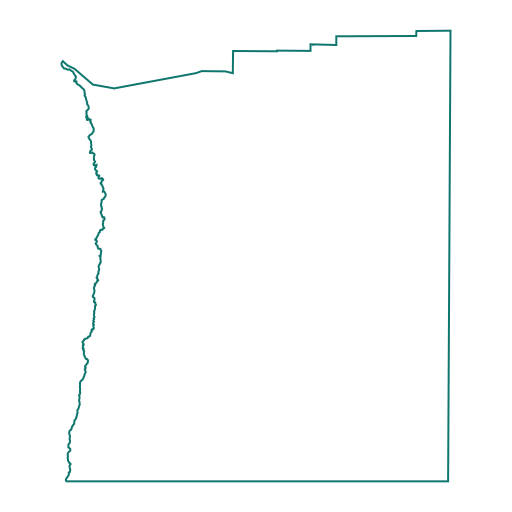 Gobernador Dupuy, San Luis, Argentina (Equal Earth projection)
{"feature_id": "61730980B64718886155143", "entity_name": "Gobernador Dupuy", "entity_type": "district", "adm_level": 2, "iso_a3": "ARG", "parent_name": "Argentina", "parent_adm1": "San Luis", "projection": "equal_earth", "projection_center": [-66.474, -35.326], "detail": "fine", "context": "isolated", "style": "outline", "palette": "teal", "viewbox_px": 512, "rotation_deg": 0, "n_neighbors": 0, "source": "geoboundaries", "source_scale": "gbopen_adm2", "svg_char_len": 5662}
<svg xmlns="http://www.w3.org/2000/svg" viewBox="0 0 512 512"><path d="M448.1,481.3L450.5,30.7L416.4,31.0L416.2,36.0L336.3,36.3L336.3,45.0L313.7,44.4L313.6,44.7L313.2,44.9L312.8,44.4L310.5,44.3L310.5,50.9L277.1,50.6L277.1,51.3L233.1,51.0L232.8,73.2L225.5,71.4L201.7,71.1L196.2,73.1L114.2,88.4L92.9,84.6L74.5,68.8L67.6,65.5L62.8,61.2L61.6,62.9L61.5,63.8L61.9,66.0L63.0,67.0L63.8,68.2L64.1,68.5L65.9,68.6L67.5,69.7L68.1,69.7L69.4,69.4L69.9,69.6L70.6,70.4L72.8,71.6L73.3,72.3L73.9,73.8L76.0,76.9L75.4,78.9L74.4,80.1L74.1,80.7L74.2,81.3L75.2,81.1L76.5,81.4L76.6,81.8L76.2,82.4L76.3,83.0L76.8,83.6L78.5,84.9L79.6,85.4L80.1,86.0L80.7,86.4L81.6,87.6L83.3,88.9L83.9,89.7L84.2,90.2L84.5,91.4L84.5,92.4L84.9,94.0L85.0,94.5L84.6,95.2L84.6,95.7L85.1,96.5L85.6,97.1L85.9,97.8L86.1,99.3L86.8,101.6L87.1,102.1L87.2,102.8L87.1,103.6L87.2,104.3L88.3,105.7L88.6,107.0L88.8,108.3L87.6,110.1L86.5,110.8L86.3,111.3L86.6,112.7L86.4,114.3L86.7,115.1L87.4,116.2L87.4,116.7L87.0,117.1L86.5,116.6L86.2,116.7L86.2,117.0L86.3,117.6L87.0,118.3L87.2,118.8L86.9,119.7L87.4,120.0L87.8,120.0L88.1,119.7L87.9,118.8L88.0,118.5L88.8,118.7L88.8,119.3L89.1,119.5L90.6,119.7L90.7,120.1L90.2,121.1L90.4,121.7L90.7,121.9L90.9,122.5L90.7,122.9L91.0,123.4L91.4,123.7L91.7,124.2L92.9,127.4L93.7,128.3L93.6,129.4L93.7,131.0L93.5,131.5L91.7,134.0L90.1,134.9L88.5,136.7L88.7,137.8L91.1,141.5L91.0,143.0L91.4,145.4L90.9,147.0L91.9,149.0L91.9,149.5L90.3,151.1L89.9,152.3L89.9,152.7L90.1,153.0L91.2,152.9L92.5,152.5L93.2,153.5L94.2,153.8L94.6,154.7L93.8,157.1L94.0,158.7L94.0,159.6L94.2,160.4L95.1,161.7L93.5,164.0L93.8,164.7L93.9,165.2L94.7,165.4L95.6,165.2L96.0,164.9L96.5,164.8L96.1,166.9L95.4,167.2L94.9,168.9L95.4,169.8L97.1,171.3L96.5,172.1L96.2,173.5L96.4,174.0L96.7,174.0L96.7,174.7L97.0,175.3L98.8,175.4L99.2,175.5L99.2,176.3L98.7,176.9L98.4,177.9L99.0,178.6L99.9,178.8L100.8,178.6L101.6,178.1L102.0,178.3L102.2,178.8L103.0,179.2L103.2,179.8L102.9,180.2L102.3,180.3L101.7,181.0L101.4,182.7L100.6,183.1L100.7,183.8L101.3,184.1L102.3,185.7L102.8,186.6L102.8,187.6L103.5,188.4L103.5,188.7L103.3,189.0L103.3,189.8L103.2,190.5L102.8,191.3L102.8,191.6L103.4,191.4L104.3,191.6L105.5,193.8L105.7,194.5L105.4,196.3L105.1,196.9L104.2,197.6L104.0,198.5L103.6,198.9L101.7,200.0L101.6,200.9L101.6,202.2L101.1,203.7L101.0,205.5L101.7,207.0L101.5,207.6L102.1,208.9L101.4,211.0L100.7,211.8L100.6,212.2L100.8,212.4L101.0,212.8L100.9,213.2L101.8,215.2L102.0,216.2L102.6,217.4L103.4,217.1L104.2,217.3L104.6,219.0L104.5,219.5L103.3,220.6L103.1,221.8L103.2,222.2L103.2,222.8L102.9,223.4L102.8,224.2L103.0,225.6L103.3,226.0L103.6,227.5L104.1,227.8L104.2,228.1L102.8,228.8L102.3,229.9L100.6,229.9L100.1,230.3L99.9,231.0L99.9,231.7L99.6,232.4L98.8,232.7L98.5,234.0L97.2,236.7L96.8,237.1L96.6,237.7L96.3,238.4L95.2,239.4L95.3,239.9L96.4,240.3L96.9,241.6L95.7,243.5L96.0,244.3L97.4,245.7L97.8,246.9L97.7,247.5L97.9,248.0L98.2,248.5L98.8,248.8L99.5,248.7L100.4,248.9L101.0,250.6L101.3,251.2L101.0,252.1L100.8,254.7L100.6,255.1L99.5,255.9L99.6,256.1L100.0,256.3L100.5,256.2L100.5,257.1L100.2,258.4L100.6,259.4L100.7,262.3L100.4,263.0L99.9,263.2L99.9,263.9L98.7,265.8L98.6,266.5L98.7,267.4L99.2,268.8L98.8,271.0L98.5,271.5L98.3,272.3L98.6,273.2L98.3,273.9L97.8,274.3L97.4,275.4L97.2,276.6L96.6,277.6L97.3,278.2L97.1,278.7L98.2,280.1L98.2,280.5L97.6,281.1L97.2,281.0L96.4,282.6L95.8,283.4L95.0,283.7L94.7,284.2L95.2,284.7L95.2,285.1L95.0,285.6L94.2,286.6L94.2,287.6L93.9,288.1L93.9,288.7L94.2,289.2L94.5,290.9L94.0,293.5L92.9,295.6L92.8,296.9L93.8,297.5L94.3,298.0L94.6,298.4L94.5,299.5L93.9,301.6L94.0,302.0L95.2,302.4L95.3,302.7L95.2,303.6L95.9,304.7L95.8,305.3L95.2,305.7L94.9,306.4L95.1,308.1L95.0,308.9L94.7,309.5L94.6,310.4L94.0,311.5L94.3,313.2L93.9,314.4L94.1,316.0L94.5,317.2L93.6,318.4L94.1,319.3L93.3,320.7L93.3,321.3L94.0,322.0L93.1,323.4L93.2,324.5L93.6,324.6L93.9,324.9L93.4,325.8L93.4,326.7L93.7,327.3L93.8,328.3L93.1,329.4L92.7,329.6L92.3,329.2L92.0,329.3L91.8,329.8L91.6,329.9L91.4,330.4L91.7,331.1L91.7,331.6L90.6,333.0L90.4,333.6L90.2,335.8L89.2,336.5L88.3,336.6L88.1,336.9L87.8,337.9L87.3,338.2L86.1,338.4L85.5,338.9L84.4,339.2L83.9,339.9L83.9,340.4L83.6,340.9L82.6,341.6L82.5,342.1L83.1,343.5L83.7,344.2L83.7,344.5L83.3,344.5L82.9,345.0L83.0,346.9L82.7,348.2L83.5,348.5L83.7,348.8L83.7,349.2L83.2,349.8L83.4,350.5L84.2,351.2L83.9,352.5L83.8,354.0L84.5,355.7L84.5,356.3L85.4,357.8L85.6,358.4L86.3,359.1L86.9,359.0L87.3,359.2L88.1,360.6L87.8,361.8L87.8,362.7L86.6,364.0L86.3,364.9L85.4,365.6L85.0,366.5L85.0,366.9L85.6,367.5L85.7,368.0L85.4,368.6L84.8,369.2L84.8,369.8L85.4,370.8L85.6,372.4L84.5,374.6L84.5,375.5L83.7,376.9L83.2,378.5L82.7,379.5L80.9,380.9L80.0,382.7L80.0,386.5L79.8,387.3L79.9,387.8L80.2,388.3L79.9,391.2L80.2,392.2L80.1,393.2L79.9,394.0L79.1,395.2L79.6,397.2L79.1,400.5L79.5,402.0L79.7,404.8L79.1,406.1L78.4,408.8L77.5,409.8L77.4,410.3L77.4,411.4L77.6,412.6L77.5,413.1L76.9,414.3L76.8,416.1L76.2,417.4L76.2,418.2L74.6,420.4L74.3,421.3L74.2,423.3L74.0,424.1L73.3,424.8L72.1,426.6L71.4,429.0L71.0,429.7L70.6,430.2L70.2,430.3L69.5,430.9L69.2,433.1L69.3,434.3L69.7,434.9L69.9,435.7L70.0,436.8L69.6,438.5L69.6,439.2L69.9,440.6L70.0,441.9L69.9,442.6L68.7,444.0L68.3,445.0L68.5,446.0L68.3,447.2L68.4,447.5L69.2,447.9L70.3,449.0L70.3,450.4L69.9,451.1L68.9,451.8L68.2,452.7L67.7,453.9L67.7,454.7L68.0,456.5L67.7,457.3L67.7,458.5L68.0,459.2L68.0,460.6L68.3,461.3L69.1,462.3L69.3,462.9L69.7,463.2L70.0,463.2L70.6,464.0L70.5,464.4L70.0,465.0L69.5,466.1L69.5,466.9L70.3,469.6L70.1,470.5L70.0,471.6L69.8,472.1L68.9,472.4L68.7,472.8L68.9,473.5L68.8,474.8L68.0,476.0L67.4,477.3L66.8,477.7L66.0,479.2L65.8,480.1L66.3,480.9L66.0,481.2L65.6,481.3L448.1,481.3Z" fill="none" stroke="#0f766e" stroke-width="2"/></svg>